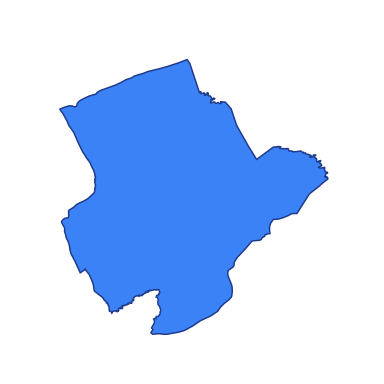 Thepharak, Chaiyaphum, Thailand, rotated 71°
{"feature_id": "78962969B2077127014439", "entity_name": "Thepharak", "entity_type": "district", "adm_level": 2, "iso_a3": "THA", "parent_name": "Thailand", "parent_adm1": "Chaiyaphum", "projection": "equal_earth", "projection_center": [101.53, 15.302], "detail": "fine", "context": "isolated", "style": "filled", "palette": "blue", "viewbox_px": 384, "rotation_deg": 71, "n_neighbors": 0, "source": "geoboundaries", "source_scale": "gbopen_adm2", "svg_char_len": 5984}
<svg xmlns="http://www.w3.org/2000/svg" viewBox="0 0 384 384"><g transform="rotate(71 192 192)"><path d="M224.0,59.5L223.7,59.2L223.0,59.1L222.2,59.8L221.7,60.5L221.4,59.8L220.8,60.6L220.8,61.4L220.5,61.5L219.8,60.5L219.2,60.2L218.5,59.3L218.3,57.8L217.7,57.5L217.0,58.0L216.8,59.3L216.6,59.5L215.6,59.3L214.4,59.5L213.0,59.3L212.8,59.4L212.8,58.8L211.9,58.6L211.3,62.5L210.6,63.7L209.9,64.3L209.7,64.2L209.4,61.1L209.2,60.7L207.2,61.0L206.1,62.0L205.8,62.1L205.6,62.0L205.3,61.2L204.6,61.4L204.5,60.2L204.4,60.1L204.2,60.2L204.0,61.5L204.3,63.0L204.3,63.8L204.0,64.1L203.2,64.1L201.6,63.5L200.8,63.5L200.0,64.4L198.9,64.9L198.1,64.6L197.5,63.1L197.0,63.4L196.6,65.3L198.0,66.1L198.2,66.4L198.0,68.4L197.8,68.9L197.6,69.1L197.1,69.0L196.7,67.6L196.3,67.5L194.5,69.5L193.9,70.7L193.0,71.9L192.7,72.1L192.0,72.0L192.1,73.3L192.0,73.6L190.8,73.6L190.7,74.3L189.3,75.4L188.8,75.5L188.6,75.9L188.3,77.7L188.0,78.7L187.9,80.1L187.5,81.0L186.9,83.4L186.6,83.8L186.1,83.8L185.9,84.4L185.6,84.6L184.8,86.8L184.3,87.1L183.5,86.9L183.2,87.1L182.4,86.9L182.2,87.1L181.8,88.2L182.0,88.5L181.9,88.9L181.6,89.2L181.3,90.2L181.0,90.7L180.9,91.2L180.7,91.4L180.7,92.0L180.1,93.0L180.0,93.6L179.6,93.7L179.4,93.9L179.3,94.7L178.9,94.9L178.5,94.1L178.2,94.3L178.0,93.9L177.7,94.7L177.3,94.9L177.3,95.3L177.1,95.6L177.1,96.3L176.8,96.6L176.9,97.8L176.5,98.2L176.4,99.8L176.0,100.3L182.2,120.3L167.4,123.7L143.6,128.1L126.1,127.9L117.8,131.3L116.0,135.5L117.6,135.5L117.7,135.9L117.6,136.3L117.1,137.5L116.2,137.9L115.9,138.3L115.9,138.7L116.1,139.7L116.0,140.4L115.1,141.4L114.4,141.2L114.0,142.0L113.9,142.7L114.1,144.9L114.0,145.2L113.6,145.4L113.1,145.3L112.2,144.2L111.9,143.6L111.2,144.1L110.9,143.9L110.9,143.4L111.5,143.2L111.7,142.8L111.3,140.3L111.1,140.1L110.2,141.1L110.8,142.1L110.8,142.3L109.0,143.2L107.9,143.1L107.2,143.5L106.1,145.4L105.4,145.6L105.1,144.8L104.9,144.6L104.3,144.8L103.9,144.6L103.4,144.7L103.2,144.9L103.2,145.3L104.4,145.2L104.8,145.9L104.7,146.3L103.9,147.0L104.3,147.6L104.9,147.9L104.9,148.2L104.7,148.5L104.1,148.7L103.4,148.1L102.9,148.3L102.2,148.3L102.1,150.4L101.5,151.6L101.0,152.1L100.7,151.8L100.4,151.1L100.1,151.1L99.6,152.2L99.6,152.6L69.3,152.2L68.3,152.8L66.7,153.0L65.2,153.5L65.5,162.6L65.3,174.3L64.9,182.1L63.8,193.7L63.8,195.8L64.0,199.3L63.7,204.9L63.6,208.8L64.4,212.2L64.3,217.9L65.2,222.6L66.0,230.1L66.1,244.1L66.6,247.9L67.0,249.2L68.1,251.2L68.1,252.4L67.8,257.5L68.4,264.1L69.0,267.5L69.6,269.4L70.1,270.4L71.1,271.7L73.2,273.2L73.4,273.8L73.4,274.4L73.2,275.2L71.3,277.9L70.5,280.4L70.3,285.6L70.7,289.9L73.1,289.5L75.8,288.5L81.8,287.5L84.9,287.0L88.5,286.9L96.4,284.6L98.1,284.3L107.9,283.6L118.7,282.3L121.4,281.4L124.9,280.8L129.9,279.2L131.9,278.8L135.4,278.6L139.7,277.9L142.3,278.0L145.7,278.6L146.6,278.5L147.9,278.9L148.0,279.6L148.3,279.6L148.5,279.9L149.2,280.0L149.6,280.4L150.5,280.0L151.1,280.7L154.9,281.2L156.3,282.4L159.2,283.6L160.5,284.4L160.9,284.9L163.6,290.7L164.4,292.8L165.3,297.0L165.7,301.8L166.2,305.1L167.8,308.5L169.0,313.6L169.3,314.4L170.1,315.1L173.1,315.8L175.8,317.1L176.0,317.8L175.5,320.3L175.5,321.4L176.5,323.6L177.4,324.8L177.9,325.2L178.5,325.2L184.4,324.2L185.4,324.4L187.9,325.4L191.5,325.4L192.8,325.7L194.6,325.8L197.2,325.4L200.8,325.2L205.1,325.8L206.5,326.2L211.2,326.5L219.8,325.1L232.0,324.0L231.6,322.2L230.3,317.8L231.4,317.9L236.8,316.0L242.1,315.6L246.7,315.4L253.7,316.6L259.6,312.9L262.0,311.2L263.7,310.6L266.0,310.1L267.3,308.9L269.0,309.1L269.3,308.8L269.6,308.0L269.9,308.1L270.1,308.0L270.4,308.2L270.8,307.8L272.1,308.2L273.1,307.9L274.3,308.0L275.9,308.6L276.7,308.6L277.5,308.9L277.9,308.7L278.2,308.2L278.3,307.7L279.2,307.5L279.6,307.1L279.9,307.3L280.5,307.3L280.4,306.9L279.7,306.5L279.3,305.9L279.0,304.3L279.2,303.9L279.6,303.4L279.7,301.7L279.9,301.5L280.3,302.1L280.5,302.2L280.8,301.6L280.8,300.6L279.9,299.6L278.5,299.6L278.3,298.3L277.9,297.1L278.0,296.7L278.3,296.6L278.8,297.4L279.0,297.4L279.4,296.6L279.4,296.0L279.0,295.3L278.1,295.5L277.4,294.5L276.8,294.8L276.9,294.0L277.1,293.6L276.9,293.2L276.9,292.7L277.0,292.6L277.4,292.8L277.5,292.4L277.0,291.1L277.5,290.7L277.5,289.9L277.3,289.6L277.3,289.1L277.0,289.4L276.4,289.2L276.5,288.7L276.6,286.9L277.2,286.5L277.5,285.4L277.1,285.3L276.8,284.8L276.2,285.0L275.9,284.8L275.4,283.8L275.7,282.9L275.1,282.2L274.7,282.1L274.8,282.8L274.4,282.9L274.0,282.2L272.7,281.4L272.7,280.8L272.3,279.9L272.2,278.4L272.4,277.1L273.2,276.3L272.5,275.7L273.1,275.6L272.9,274.9L273.3,274.4L273.2,273.6L273.6,273.2L273.0,272.7L273.3,272.2L273.1,271.5L272.6,271.1L272.7,270.7L272.5,270.4L272.3,269.4L272.4,269.0L272.0,268.8L272.1,268.4L271.6,268.4L271.9,267.7L271.7,267.2L272.0,267.3L272.1,267.2L271.6,266.4L272.1,266.3L272.3,265.8L271.3,265.4L271.1,264.8L271.4,264.7L271.2,264.2L271.7,264.0L271.3,263.5L271.9,262.6L272.1,258.9L272.8,258.4L273.1,257.9L272.8,257.6L272.8,257.2L273.3,256.6L273.2,255.7L273.5,255.1L276.7,255.2L276.8,255.8L277.4,256.6L278.3,256.8L278.4,259.1L279.2,259.3L279.6,260.1L280.7,259.1L283.0,258.9L284.5,259.9L287.0,260.7L290.2,259.9L293.1,260.0L293.9,260.3L295.4,261.4L295.9,261.3L296.9,262.1L298.4,264.0L298.5,264.8L298.1,266.4L300.0,267.2L299.4,267.8L299.6,269.7L301.6,269.5L303.1,270.0L304.0,270.7L307.2,274.4L309.5,273.8L311.2,276.3L311.6,276.6L313.5,275.7L313.7,275.4L315.2,269.4L317.7,264.2L318.4,261.6L320.1,251.0L320.4,246.3L320.4,243.7L318.9,234.8L316.4,225.8L315.3,214.5L313.1,206.5L310.3,202.8L308.0,198.2L305.8,191.9L304.3,189.2L303.3,188.3L298.8,186.1L294.3,184.9L292.1,184.8L283.3,185.3L279.9,184.5L278.1,183.3L277.9,182.8L276.3,177.7L275.9,177.0L274.6,175.9L272.5,175.2L268.9,171.1L262.7,159.3L258.9,153.0L257.9,150.7L259.5,144.4L259.6,142.3L259.4,141.9L258.3,140.8L257.9,139.9L257.6,137.8L256.7,137.2L256.3,136.7L256.3,133.6L256.7,131.8L252.7,130.9L250.0,129.9L247.1,127.7L244.4,124.1L245.8,118.8L245.9,115.9L245.9,112.9L245.6,108.6L245.1,105.2L245.1,104.2L245.4,103.1L246.5,99.8L232.0,81.6L227.6,69.0L226.8,67.6L224.0,59.5Z" fill="#3b82f6" stroke="#1e3a8a" stroke-width="1.5"/></g></svg>